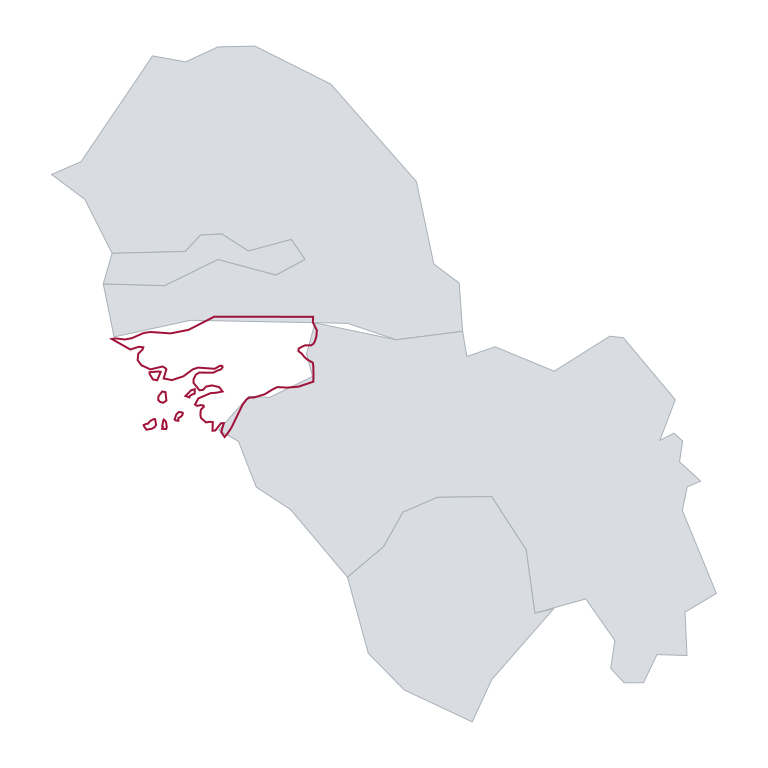 map of Guinea-Bissau with Senegal, Guinea, Sierra Leone and Gambia greyed out
{"feature_id": "GNB", "entity_name": "Guinea-Bissau", "entity_type": "country or territory", "adm_level": 0, "iso_a3": "GNB", "parent_name": "Africa", "parent_adm1": "", "projection": "orthographic", "projection_center": [-15.403, 11.81], "detail": "medium", "context": "with_neighbors", "style": "outline", "palette": "rose", "viewbox_px": 768, "rotation_deg": 0, "n_neighbors": 4, "source": "natural_earth", "source_scale": "50m", "svg_char_len": 3301}
<svg xmlns="http://www.w3.org/2000/svg" viewBox="0 0 768 768"><path d="M112.1,253.3L84.8,199.3L51.6,174.5L81.1,161.6L152.6,55.9L185.6,61.9L217.9,46.9L254.9,46.1L330.9,84.2L416.4,181.6L433.8,264.0L459.2,283.1L462.6,331.3L396.3,339.8L347.6,323.3L190.4,320.3L114.1,336.9L103.3,283.9L164.6,285.6L217.8,259.4L275.9,275.0L304.9,259.4L291.3,239.5L248.3,251.0L221.8,234.0L200.5,235.1L185.3,251.5L112.1,253.3Z" fill="#d9dde1" stroke="#a8b0b8" stroke-width="1"/><path d="M315.1,322.9L396.3,339.8L462.6,331.3L466.9,356.5L495.0,346.8L554.2,371.2L609.8,336.2L623.3,337.7L675.3,399.7L659.8,440.4L674.0,433.2L682.6,441.1L679.5,461.8L700.6,481.1L687.2,486.9L682.3,510.4L716.4,593.4L685.0,612.1L687.0,655.5L657.0,654.6L643.5,682.7L624.2,682.8L610.7,668.4L614.9,640.6L585.8,598.9L534.9,613.1L526.1,549.8L491.7,496.6L437.4,497.3L402.9,512.3L383.7,546.6L347.5,577.2L290.7,509.7L256.2,487.1L238.5,441.4L218.7,430.1L248.8,396.3L269.4,397.5L312.5,376.5L306.6,353.6L315.1,322.9Z" fill="#d9dde1" stroke="#a8b0b8" stroke-width="1"/><path d="M347.5,577.2L383.7,546.6L402.9,512.3L437.4,497.3L491.7,496.6L526.1,549.8L534.9,613.1L553.6,608.8L491.8,679.5L472.2,721.9L404.2,689.9L368.3,653.3L347.5,577.2Z" fill="#d9dde1" stroke="#a8b0b8" stroke-width="1"/><path d="M112.1,253.3L185.3,251.5L200.5,235.1L221.8,234.0L248.3,251.0L291.3,239.5L304.9,259.4L275.9,275.0L217.8,259.4L164.6,285.6L103.3,283.9L112.1,253.3Z" fill="#d9dde1" stroke="#a8b0b8" stroke-width="1"/><path d="M111.8,339.0L115.5,338.4L124.7,339.5L131.8,338.2L136.8,336.0L143.6,333.0L150.2,332.0L170.7,333.4L188.6,329.8L214.2,316.7L313.1,316.8L312.9,322.4L316.9,330.3L316.4,336.2L314.7,341.8L313.2,344.0L311.2,345.3L305.2,345.3L302.6,346.4L298.6,348.6L298.5,351.2L301.7,353.6L304.4,357.0L307.5,359.7L312.8,362.7L313.3,366.2L313.5,374.9L313.3,381.7L298.4,386.7L286.9,387.6L277.2,387.1L273.0,389.2L264.6,394.3L254.3,397.4L249.0,397.7L246.5,399.5L242.5,404.8L231.3,427.9L227.6,433.4L224.6,437.0L221.2,432.1L223.8,423.1L221.0,423.2L215.3,430.5L212.5,430.7L212.8,422.1L209.7,421.8L206.0,422.4L200.9,417.9L200.4,414.5L200.8,409.8L203.9,406.7L203.5,405.5L200.5,405.1L197.1,405.9L195.0,404.5L198.4,398.4L210.4,393.2L216.4,392.7L222.6,391.5L219.2,387.1L211.9,385.4L206.0,386.6L203.1,389.8L199.5,390.3L193.5,382.8L193.6,379.1L195.9,374.6L199.3,372.6L213.2,372.7L218.5,370.1L220.6,369.7L222.6,367.4L222.2,365.9L219.9,365.8L214.7,368.8L198.1,367.6L192.7,369.4L183.4,376.3L172.0,380.1L163.7,378.5L166.4,369.3L165.2,368.0L162.6,366.5L150.4,369.4L141.3,365.2L137.6,360.1L138.3,353.7L142.6,349.4L143.3,347.3L138.8,346.8L130.3,349.5L111.8,339.0ZM151.9,428.7L146.5,429.7L144.0,426.3L143.7,425.0L146.5,423.8L147.8,423.8L149.9,421.3L152.6,419.6L153.8,419.1L155.1,419.2L156.1,424.7L154.8,427.0L151.9,428.7ZM166.4,400.6L163.2,402.8L159.9,401.8L158.2,399.9L158.4,396.4L162.2,391.5L165.5,392.1L166.4,400.6ZM160.7,371.9L157.2,380.3L152.9,379.4L149.8,374.3L149.5,372.2L158.3,371.5L160.7,371.9ZM178.4,418.0L178.3,420.8L175.5,420.3L174.6,419.4L176.4,414.3L178.9,412.0L182.0,412.4L182.9,413.1L182.3,415.1L180.9,416.7L178.4,418.0ZM190.0,395.8L189.4,397.4L185.5,396.0L191.2,390.2L194.8,389.2L194.7,393.6L191.9,394.6L190.0,395.8ZM166.8,427.2L166.1,429.1L162.1,428.8L163.0,426.8L162.2,426.3L163.3,420.4L163.9,419.5L165.9,421.7L166.1,422.6L166.8,427.2Z" fill="none" stroke="#9f1239" stroke-width="2"/></svg>